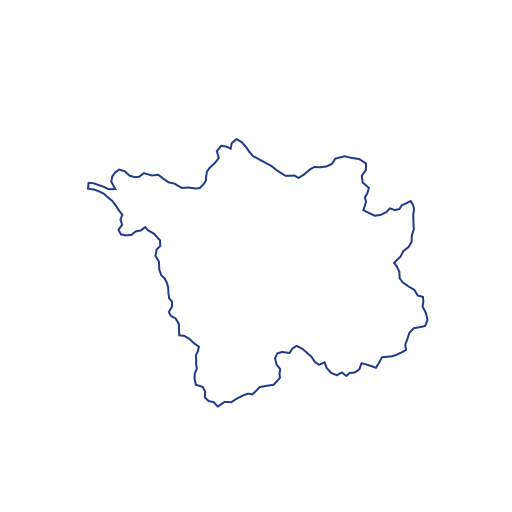 outline of Paula Cândido, Minas Gerais, Brazil, rotated 130°
{"feature_id": "56859067B72410336703321", "entity_name": "Paula Cândido", "entity_type": "district", "adm_level": 2, "iso_a3": "BRA", "parent_name": "Brazil", "parent_adm1": "Minas Gerais", "projection": "orthographic", "projection_center": [-42.983, -20.87], "detail": "fine", "context": "isolated", "style": "outline", "palette": "blue", "viewbox_px": 512, "rotation_deg": 130, "n_neighbors": 0, "source": "geoboundaries", "source_scale": "gbopen_adm2", "svg_char_len": 2763}
<svg xmlns="http://www.w3.org/2000/svg" viewBox="0 0 512 512"><g transform="rotate(130 256 256)"><path d="M395.9,188.5L388.0,186.3L383.9,181.0L377.2,178.9L370.5,176.0L366.6,173.6L364.3,169.8L359.8,169.3L354.2,169.0L348.7,164.5L343.3,159.7L338.2,159.5L333.9,159.4L331.0,162.4L327.2,164.6L325.8,170.7L322.1,175.7L316.9,177.0L312.7,174.3L308.7,167.9L303.7,168.6L298.8,167.2L297.3,160.7L297.4,155.6L297.5,148.7L299.4,142.7L298.8,137.7L293.4,135.1L296.4,129.8L297.3,123.2L295.3,117.4L290.1,115.4L289.7,109.7L285.4,109.0L281.6,105.4L276.3,104.0L270.4,106.2L268.1,101.6L266.3,97.1L264.6,92.3L258.4,93.2L252.5,94.4L249.4,91.3L245.4,87.3L241.6,85.0L237.1,82.9L231.5,80.7L227.9,84.7L222.0,86.8L216.3,89.1L209.8,88.7L205.6,85.0L200.9,81.5L194.8,83.4L190.5,89.1L187.6,96.0L183.6,98.3L180.0,101.8L182.3,106.7L180.2,112.8L181.4,120.5L181.9,126.7L180.7,131.7L176.0,136.0L173.5,141.3L172.5,145.8L168.0,145.4L163.7,144.9L157.5,146.3L151.0,144.9L145.2,145.9L140.0,149.9L134.0,152.3L130.5,155.7L126.8,159.0L123.1,162.3L118.8,164.8L116.1,168.1L114.5,172.9L118.8,174.7L123.7,177.0L127.8,176.2L131.7,179.4L133.4,184.0L138.7,184.4L144.5,187.0L148.8,190.9L150.5,197.3L151.8,203.3L147.8,204.8L143.6,206.6L141.1,210.3L136.4,211.0L131.3,213.3L131.1,221.5L126.6,226.5L119.4,227.2L114.4,231.1L115.4,239.3L119.4,245.7L122.7,252.3L130.4,257.8L136.7,257.1L142.1,259.5L146.8,263.9L150.4,268.6L154.4,270.1L158.4,270.9L162.5,271.5L168.9,273.6L169.6,278.1L172.5,281.3L175.6,284.9L176.5,291.5L177.0,296.6L177.2,302.5L178.5,308.6L179.5,313.3L180.3,317.6L181.4,322.7L180.5,328.2L179.0,333.4L177.9,340.2L179.2,346.2L185.1,347.1L190.1,344.4L191.3,349.2L194.0,353.5L200.9,353.3L204.9,347.5L210.8,347.3L218.5,348.2L222.8,347.8L226.6,345.7L230.4,342.8L235.1,342.3L240.3,342.8L243.3,345.9L246.7,351.4L251.6,356.7L253.0,365.0L255.7,370.3L256.3,375.5L256.6,383.0L261.2,387.5L264.6,395.1L270.4,396.4L273.5,399.5L275.8,404.5L275.5,411.2L277.8,416.4L282.9,417.6L287.5,417.2L292.1,414.6L295.2,406.8L299.6,411.9L301.0,417.6L302.8,422.1L304.6,427.0L307.6,431.3L312.4,427.9L309.0,422.4L307.2,417.2L306.1,412.6L306.3,407.6L306.2,401.6L307.5,395.6L309.2,390.3L310.4,384.8L315.3,383.2L318.0,378.7L324.3,378.2L326.3,373.4L324.0,369.1L319.9,365.0L314.5,364.0L310.6,360.7L305.1,359.5L305.7,354.9L304.5,348.3L305.7,339.6L309.8,335.8L314.8,336.3L320.5,333.2L322.7,326.8L328.7,321.2L331.6,316.2L331.9,311.5L333.9,306.9L336.5,303.1L340.6,299.3L344.2,295.4L345.0,290.9L349.0,287.7L354.9,286.8L356.6,282.8L355.5,277.5L357.6,271.5L361.6,267.9L366.1,263.8L363.3,259.6L362.3,253.5L362.7,247.4L362.2,241.4L366.5,239.2L370.8,238.2L373.9,235.1L377.3,232.4L380.3,228.9L385.3,227.4L389.1,224.6L393.3,219.4L390.5,212.6L392.7,207.7L397.2,204.3L397.6,199.0L395.2,194.7L395.9,188.5Z" fill="none" stroke="#1e3a8a" stroke-width="2"/></g></svg>